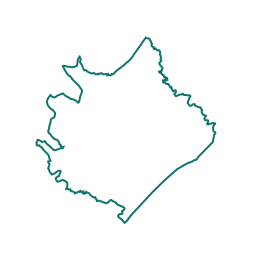 Pujehun, Southern, Sierra Leone, rotated 287°
{"feature_id": "65957751B2614126839094", "entity_name": "Pujehun", "entity_type": "district", "adm_level": 2, "iso_a3": "SLE", "parent_name": "Sierra Leone", "parent_adm1": "Southern", "projection": "albers", "projection_center": [-11.562, 7.3], "detail": "fine", "context": "isolated", "style": "outline", "palette": "teal", "viewbox_px": 256, "rotation_deg": 287, "n_neighbors": 0, "source": "geoboundaries", "source_scale": "gbopen_adm2", "svg_char_len": 5729}
<svg xmlns="http://www.w3.org/2000/svg" viewBox="0 0 256 256"><g transform="rotate(287 128 128)"><path d="M219.6,118.7L214.1,116.7L209.7,115.5L205.6,114.0L201.0,112.4L198.0,111.6L195.5,110.8L191.6,108.6L189.3,107.1L187.2,105.9L185.2,104.5L182.9,102.9L180.5,101.0L178.2,99.6L176.4,98.8L175.2,98.3L174.8,97.5L174.8,96.5L174.0,96.4L173.3,96.1L173.1,95.5L173.0,94.4L173.5,93.7L172.8,93.7L172.2,92.8L172.9,92.1L173.5,91.8L173.1,91.0L172.4,89.7L172.1,88.6L172.2,87.6L172.7,86.8L171.8,85.0L171.0,84.3L170.7,83.8L171.1,83.2L170.6,82.7L170.0,81.9L170.0,81.3L170.5,80.0L170.6,79.4L169.8,78.0L169.4,76.8L169.8,75.2L169.7,74.0L170.6,71.8L171.0,70.6L170.4,69.4L171.4,68.2L173.6,66.3L174.9,65.3L175.9,64.0L176.7,63.2L177.3,62.7L178.4,62.8L179.5,62.9L180.6,62.1L182.0,60.9L180.9,60.5L178.8,60.1L177.1,60.3L174.8,60.8L173.4,61.0L172.4,60.7L171.4,59.6L170.6,58.6L169.9,57.3L169.5,55.3L169.2,53.1L168.9,51.7L169.0,50.3L168.8,48.6L168.5,47.8L167.9,47.6L165.9,49.8L165.3,50.4L163.9,51.8L162.2,53.7L161.6,54.6L161.1,55.5L160.8,56.4L160.8,57.3L159.5,59.2L158.3,60.6L157.0,62.8L156.2,64.8L155.1,66.8L153.7,69.2L152.5,70.5L152.0,71.2L151.6,71.9L150.8,72.7L150.2,73.1L149.1,73.3L146.2,73.3L145.1,73.1L143.9,73.1L142.6,73.3L141.0,73.4L139.3,73.5L138.5,73.5L137.6,72.8L138.3,71.7L139.1,69.1L139.3,67.1L139.1,65.0L139.3,63.9L139.9,62.4L140.2,60.6L140.5,58.8L141.2,57.3L142.0,55.5L141.1,54.2L140.1,53.2L138.3,51.0L137.2,50.2L136.4,49.7L135.7,48.5L135.6,47.1L136.0,45.5L136.9,44.4L136.0,43.9L132.3,42.7L129.2,42.8L126.5,44.5L125.3,45.9L124.6,47.3L123.7,48.9L123.2,51.0L122.3,52.2L121.2,53.8L119.7,54.3L117.8,54.4L116.5,54.2L115.3,52.9L113.6,51.7L110.9,52.2L108.1,52.2L106.4,52.2L105.8,52.6L101.6,52.6L100.1,53.6L99.1,55.9L98.2,56.9L97.3,58.2L96.7,59.6L95.9,60.5L96.0,61.6L95.9,63.1L95.9,63.9L95.0,65.3L94.0,66.3L92.5,67.2L92.2,68.1L92.2,68.6L91.0,69.0L91.0,69.7L90.5,70.1L91.1,71.8L89.6,71.5L88.8,69.5L87.2,67.3L86.4,66.1L85.5,65.0L85.2,63.2L86.3,61.2L87.9,58.3L88.6,56.0L89.5,54.4L91.1,52.3L89.8,50.7L89.6,49.4L90.3,47.3L90.3,45.2L87.3,44.8L86.0,45.4L84.9,45.8L84.8,47.2L85.5,48.2L84.5,49.8L84.2,50.9L84.2,51.6L83.2,52.3L82.2,53.9L79.9,58.2L79.1,59.6L77.7,60.6L75.4,62.2L73.9,63.4L72.6,61.4L71.4,62.1L70.5,63.5L69.1,63.7L67.7,63.5L66.1,63.5L65.2,64.5L63.9,65.3L63.2,66.0L61.8,68.0L61.3,68.9L62.9,70.9L64.3,72.0L65.7,72.9L66.7,74.0L67.3,75.8L66.8,76.3L64.6,76.3L63.7,75.9L62.7,76.0L61.8,76.0L61.1,75.1L60.5,74.6L59.2,73.7L58.1,73.9L57.2,74.7L56.0,76.1L57.0,78.1L58.7,79.8L59.2,81.1L58.9,83.1L58.6,84.3L58.1,85.6L56.5,86.5L54.1,87.1L52.9,87.1L50.8,86.1L51.1,86.5L51.9,86.7L52.0,87.7L52.2,88.2L52.2,88.6L51.9,89.3L52.1,89.7L52.4,90.1L52.5,90.8L51.9,90.9L51.5,91.4L51.1,91.6L51.1,92.1L50.9,92.5L51.1,93.0L51.2,93.5L51.0,94.6L50.8,95.2L50.6,96.0L50.0,96.4L50.4,96.7L50.9,97.0L51.2,97.4L51.2,98.0L51.6,98.5L52.7,99.2L53.3,100.1L52.8,100.5L53.2,101.0L53.7,101.0L54.1,101.2L54.0,101.6L53.6,101.9L53.1,102.0L53.0,102.5L53.4,103.0L53.9,103.6L52.8,103.4L52.7,104.7L52.2,105.1L52.6,105.6L53.2,105.6L53.2,106.2L53.3,106.7L54.0,106.5L54.6,106.7L54.1,110.0L53.0,111.5L52.1,113.4L51.5,116.0L52.2,117.0L51.5,117.5L50.1,118.9L49.1,119.5L49.9,120.6L49.9,123.3L49.8,127.6L49.6,128.2L50.1,129.9L50.7,130.4L51.5,131.0L52.5,131.6L53.2,131.8L53.5,131.9L54.0,132.5L54.3,133.3L54.0,133.9L53.8,134.1L53.8,134.4L53.4,135.9L53.4,137.3L52.9,138.5L52.0,139.4L51.6,141.2L51.3,144.2L51.2,145.3L50.8,147.5L49.9,148.3L49.0,148.0L47.6,147.5L47.1,146.8L46.5,146.6L46.4,146.6L45.3,147.5L44.4,147.7L43.7,146.9L43.4,145.4L42.5,144.6L41.3,144.2L41.0,144.2L40.6,144.5L40.2,145.0L39.6,146.0L38.5,149.2L37.5,150.6L36.3,152.3L38.4,153.9L45.2,156.3L53.5,160.3L74.6,170.6L86.9,177.3L94.9,182.0L103.0,187.1L110.9,194.3L114.6,199.0L116.3,200.5L118.0,202.9L120.8,203.6L135.7,211.3L138.4,212.7L140.0,213.3L141.9,212.9L144.2,212.7L144.5,212.6L146.8,212.4L147.9,213.0L148.8,213.1L149.5,212.3L149.7,211.4L150.1,210.9L150.2,210.6L150.7,210.2L153.4,209.2L153.7,209.2L154.8,209.1L156.2,209.3L156.7,209.9L157.5,210.0L157.9,209.6L157.3,207.2L155.2,203.9L154.8,203.2L155.0,202.4L157.3,202.9L158.6,202.4L158.6,201.7L158.1,199.3L159.2,198.3L161.0,198.6L162.4,199.0L162.7,196.8L162.9,195.4L163.4,195.0L164.4,194.0L165.0,193.9L165.6,193.5L166.4,193.8L167.0,193.5L167.5,192.5L168.3,191.7L168.9,191.5L168.5,189.0L168.9,187.1L168.9,186.5L169.1,185.5L170.2,184.8L170.2,184.1L169.7,183.3L169.3,183.0L167.8,181.9L167.5,181.5L167.5,180.4L167.9,179.5L168.6,178.8L169.2,177.9L169.7,177.6L170.7,177.7L171.7,177.8L173.0,177.9L173.6,177.7L174.3,177.8L175.5,178.3L176.2,178.5L176.9,178.3L177.2,177.8L176.7,175.6L176.5,173.8L175.9,172.0L176.8,170.4L175.7,169.3L175.4,168.6L174.8,167.2L174.3,166.5L173.4,166.0L172.9,165.0L172.5,164.4L172.6,163.9L173.9,162.5L174.4,162.4L174.9,162.6L176.0,163.4L177.0,163.1L177.9,162.5L177.7,161.8L177.2,161.0L176.3,160.4L176.5,160.0L177.8,158.8L178.7,158.1L179.8,157.5L179.1,156.7L180.6,155.1L181.4,154.2L181.8,153.6L181.3,152.3L181.4,151.6L181.9,151.0L182.3,149.7L181.9,149.2L181.8,148.7L182.1,148.2L183.7,147.4L184.0,147.9L183.7,148.8L184.0,149.4L184.6,149.5L185.9,149.2L186.7,149.9L185.0,151.0L185.6,151.6L186.6,151.1L187.4,150.4L187.5,147.4L188.8,146.8L188.9,145.4L189.5,144.7L189.9,144.0L190.6,143.4L190.1,142.3L190.3,141.7L190.9,141.6L191.1,141.3L191.9,142.3L191.8,143.2L192.8,143.5L193.9,143.4L194.9,143.6L195.7,143.3L196.9,141.5L197.3,140.6L198.2,139.6L199.3,138.9L200.7,139.6L202.0,140.2L203.3,139.0L204.7,139.0L205.8,138.5L206.4,138.3L207.0,137.7L207.6,136.9L208.7,136.9L209.7,136.7L210.7,136.0L211.3,135.1L211.3,134.2L210.7,133.5L211.3,132.5L212.2,131.2L211.9,130.7L211.1,130.2L211.1,129.6L211.9,129.1L212.9,128.9L212.9,128.1L213.1,126.9L214.2,126.3L215.5,126.3L216.3,125.2L217.4,124.8L218.3,123.4L219.7,122.5L219.4,119.6L219.6,118.7Z" fill="none" stroke="#0f766e" stroke-width="2"/></g></svg>